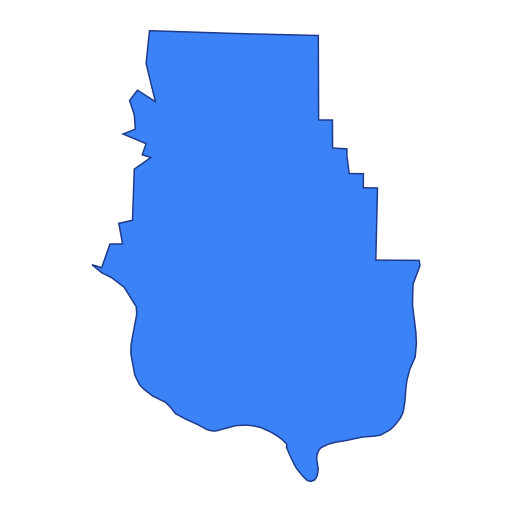 Harrison, Indiana, United States of America (Albers equal-area conic projection)
{"feature_id": "52423323B9300257868576", "entity_name": "Harrison", "entity_type": "district", "adm_level": 2, "iso_a3": "USA", "parent_name": "United States of America", "parent_adm1": "Indiana", "projection": "albers", "projection_center": [-86.093, 38.19], "detail": "fine", "context": "isolated", "style": "filled", "palette": "blue", "viewbox_px": 512, "rotation_deg": 0, "n_neighbors": 0, "source": "geoboundaries", "source_scale": "gbopen_adm2", "svg_char_len": 1386}
<svg xmlns="http://www.w3.org/2000/svg" viewBox="0 0 512 512"><path d="M344.4,440.8L346.3,440.5L362.0,437.1L375.5,436.0L380.7,435.1L383.3,433.6L385.2,432.5L389.9,429.9L393.6,426.5L396.9,422.7L400.6,417.7L401.7,415.2L402.9,412.7L403.7,409.3L405.0,400.6L405.9,387.9L406.9,380.5L408.0,376.0L409.8,369.3L415.2,356.9L416.4,343.2L415.9,332.8L415.9,332.7L412.5,304.7L413.0,284.2L420.0,265.6L419.2,260.4L375.8,260.1L377.5,188.0L363.3,187.8L363.4,173.7L349.2,173.6L346.9,155.7L346.9,148.9L332.6,148.0L332.4,120.0L318.6,120.0L318.3,35.5L235.6,33.5L149.5,30.7L146.1,63.4L155.4,101.7L137.5,90.2L129.6,100.5L134.3,114.9L135.3,129.2L123.0,134.0L146.1,143.7L142.2,154.8L150.8,157.5L134.3,169.1L132.5,220.3L118.8,223.3L122.6,243.9L109.9,244.1L101.7,267.7L92.0,264.7L101.8,272.8L111.7,277.7L124.1,287.2L136.3,306.8L136.7,314.3L131.0,345.0L130.9,353.9L134.8,375.1L139.5,384.6L139.9,385.1L144.1,389.4L152.8,396.1L165.7,402.4L171.4,408.3L175.3,413.5L186.0,419.3L197.8,424.6L206.9,429.6L212.1,430.9L215.8,431.0L235.9,425.6L246.2,425.1L253.3,425.8L261.0,427.6L270.5,431.9L276.8,435.6L282.5,439.8L286.1,443.5L287.1,445.0L286.4,447.0L288.9,453.0L294.1,464.2L296.5,468.4L302.5,475.9L306.6,480.0L309.1,481.0L311.3,481.3L314.5,480.0L316.2,477.7L317.4,474.9L318.2,469.3L316.7,458.8L316.9,455.3L318.8,450.2L321.1,447.7L327.9,444.3L336.7,442.0L344.4,440.8Z" fill="#3b82f6" stroke="#1e3a8a" stroke-width="1.5"/></svg>